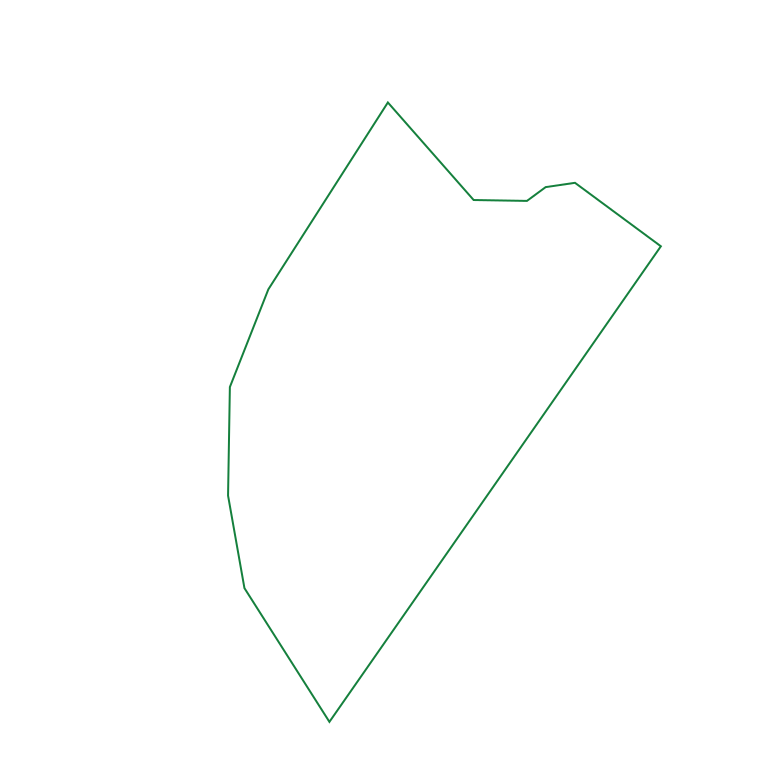 an SVG outline of Littoral, rotated 312°
{"feature_id": "BEN-2175", "entity_name": "Littoral", "entity_type": "Department", "adm_level": 1, "iso_a3": "BEN", "parent_name": "Benin", "parent_adm1": "", "projection": "equal_earth", "projection_center": [2.438, 6.366], "detail": "fine", "context": "isolated", "style": "outline", "palette": "green", "viewbox_px": 768, "rotation_deg": 312, "n_neighbors": 0, "source": "natural_earth", "source_scale": "10m", "svg_char_len": 309}
<svg xmlns="http://www.w3.org/2000/svg" viewBox="0 0 768 768"><g transform="rotate(312 384 384)"><path d="M671.6,497.6L96.4,569.5L138.9,416.9L196.7,342.8L278.6,271.5L377.0,234.7L595.8,198.5L580.7,327.5L615.7,367.7L638.5,372.4L661.3,391.3L671.6,497.6Z" fill="none" stroke="#15803d" stroke-width="2"/></g></svg>